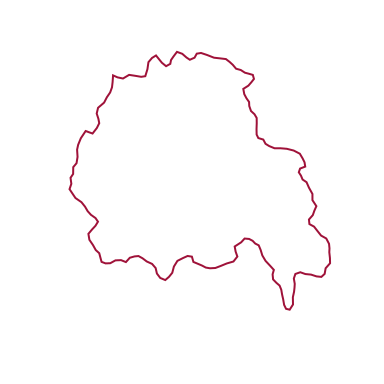 Carmésia, Minas Gerais, Brazil (orthographic projection), rotated 253°
{"feature_id": "56859067B47042925526830", "entity_name": "Carmésia", "entity_type": "district", "adm_level": 2, "iso_a3": "BRA", "parent_name": "Brazil", "parent_adm1": "Minas Gerais", "projection": "orthographic", "projection_center": [-43.185, -19.056], "detail": "fine", "context": "isolated", "style": "outline", "palette": "rose", "viewbox_px": 384, "rotation_deg": 253, "n_neighbors": 0, "source": "geoboundaries", "source_scale": "gbopen_adm2", "svg_char_len": 2411}
<svg xmlns="http://www.w3.org/2000/svg" viewBox="0 0 384 384"><g transform="rotate(253 192 192)"><path d="M326.6,150.6L320.3,148.2L315.5,146.1L311.1,142.8L307.5,138.3L303.2,134.1L300.0,126.8L294.9,123.8L289.4,123.9L284.9,123.4L281.0,119.7L277.0,114.0L281.4,108.1L275.9,101.4L270.4,96.9L266.1,94.5L259.0,92.8L253.3,90.0L250.5,85.7L244.0,83.6L241.1,80.0L235.1,79.0L230.5,75.7L226.2,77.0L220.3,78.8L214.6,83.3L209.3,85.4L204.2,86.6L199.7,88.7L195.3,92.1L191.1,93.4L187.9,89.8L185.4,85.5L182.3,80.7L176.3,79.9L170.2,81.8L164.6,83.0L160.6,85.4L155.5,85.2L151.6,85.1L149.0,88.5L147.8,93.0L149.0,98.8L147.6,104.2L144.3,108.3L147.3,113.3L147.2,118.2L146.4,122.1L143.1,125.3L138.8,128.4L134.9,132.8L129.9,135.0L124.3,134.6L119.1,136.5L115.6,140.7L117.6,145.2L120.5,149.5L126.0,152.9L130.4,157.9L131.5,164.3L132.1,169.1L130.2,173.0L124.7,172.9L121.9,176.3L118.8,180.0L115.7,183.1L113.8,186.9L112.5,192.1L112.9,198.0L113.5,204.4L113.4,211.3L117.0,216.5L122.3,216.3L127.4,216.9L129.5,224.3L132.1,228.7L130.4,232.9L127.6,235.7L124.2,237.4L121.5,240.2L116.6,240.7L110.8,240.7L104.6,242.2L98.7,245.1L93.6,247.5L89.7,245.0L84.7,244.0L80.4,246.2L76.9,248.4L72.4,248.8L67.8,248.2L62.6,247.8L57.1,247.1L52.8,247.8L50.9,251.0L54.9,255.7L61.9,257.7L66.7,260.4L70.4,262.0L74.1,263.4L79.5,264.1L83.4,266.9L83.6,272.1L80.4,276.4L78.2,281.7L74.9,286.4L73.0,290.9L74.9,294.9L80.0,297.5L83.5,303.2L88.5,304.6L94.3,305.7L97.9,307.0L102.4,307.9L108.3,306.8L112.6,302.7L117.7,300.7L123.2,298.6L127.0,294.9L131.5,295.8L134.6,300.8L138.4,303.6L142.1,306.8L149.0,304.8L154.9,306.6L162.0,305.1L167.9,304.4L171.6,301.4L175.8,301.0L179.6,299.9L182.8,302.2L183.2,307.7L187.5,308.3L191.8,307.6L197.1,306.3L201.9,301.4L205.6,295.3L207.8,289.8L209.7,283.7L213.4,279.2L216.6,276.4L221.3,275.5L224.2,271.2L228.0,270.6L233.3,272.1L238.8,274.0L243.9,275.5L248.1,274.5L252.2,272.1L257.5,271.9L261.4,272.9L265.7,271.5L270.3,270.6L275.6,271.2L277.2,277.0L279.7,281.0L282.0,284.3L286.2,284.4L288.5,280.9L290.6,277.5L294.4,274.3L297.0,270.2L301.7,268.2L305.4,266.0L309.2,263.3L311.5,258.1L314.0,252.3L318.6,246.5L322.3,241.3L322.9,237.0L319.7,233.7L319.1,228.6L322.3,226.0L327.0,223.1L330.4,218.6L327.0,213.9L324.3,210.5L320.9,208.7L319.9,204.0L324.4,201.0L328.6,199.3L333.1,197.5L331.9,193.0L328.9,188.3L322.5,185.3L316.4,181.2L317.0,177.1L319.7,171.7L322.4,166.1L320.7,159.2L323.4,154.3L326.6,150.6Z" fill="none" stroke="#9f1239" stroke-width="2"/></g></svg>